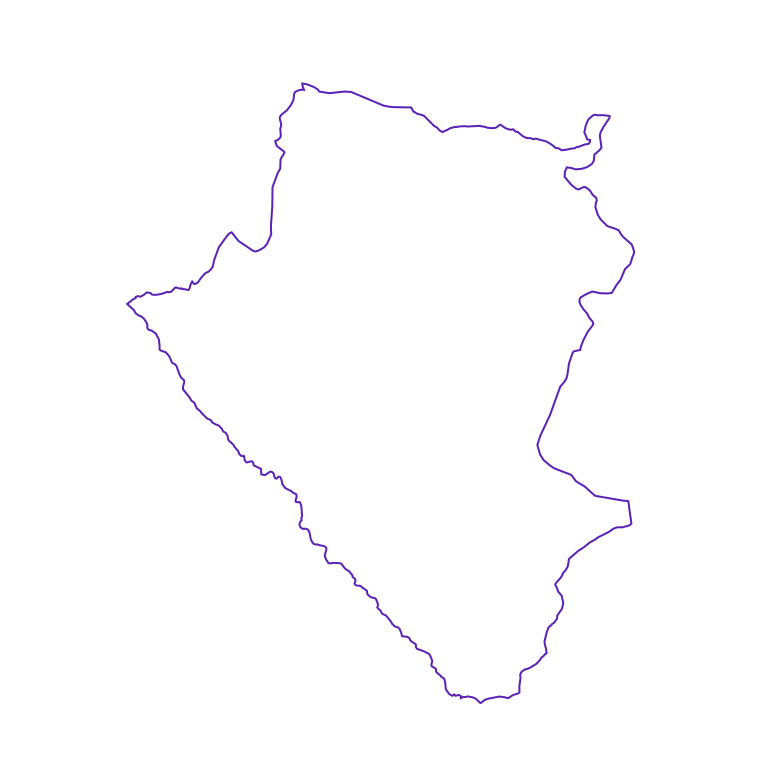 Cornereva, Caras-Severin, Romania (Mercator projection), rotated 99°
{"feature_id": "2599482B63249378795855", "entity_name": "Cornereva", "entity_type": "district", "adm_level": 2, "iso_a3": "ROU", "parent_name": "Romania", "parent_adm1": "Caras-Severin", "projection": "mercator", "projection_center": [22.558, 45.065], "detail": "fine", "context": "isolated", "style": "outline", "palette": "violet", "viewbox_px": 768, "rotation_deg": 99, "n_neighbors": 0, "source": "geoboundaries", "source_scale": "gbopen_adm2", "svg_char_len": 6155}
<svg xmlns="http://www.w3.org/2000/svg" viewBox="0 0 768 768"><g transform="rotate(99 384 384)"><path d="M345.1,650.2L350.3,642.4L352.8,640.5L354.6,637.4L355.1,634.7L356.9,631.5L360.5,628.1L363.0,626.8L365.4,626.7L366.6,625.9L367.5,624.1L367.4,623.3L367.7,621.6L369.9,617.3L375.2,613.3L381.5,611.6L385.1,611.1L386.0,609.3L386.8,604.6L389.2,601.5L390.8,600.1L396.3,596.5L397.3,593.4L398.7,591.8L406.9,587.3L409.3,585.5L411.7,582.0L413.7,581.6L418.5,582.1L420.8,581.6L427.7,573.9L430.5,571.7L432.4,568.2L437.2,565.3L440.0,560.7L441.0,559.9L445.5,553.7L447.1,548.8L448.7,547.9L450.1,544.4L451.0,540.5L453.4,537.4L456.0,535.4L457.0,532.7L459.7,530.4L463.0,529.3L464.4,528.2L467.4,523.4L469.1,522.3L473.0,517.5L475.8,516.0L477.5,513.5L477.1,510.9L481.0,509.8L482.8,507.9L482.9,507.0L481.1,503.1L481.1,502.3L481.9,501.1L484.6,500.0L484.9,499.5L487.1,492.2L492.3,491.1L492.7,488.5L492.5,487.1L488.7,483.2L488.2,481.6L488.7,480.2L489.8,478.9L493.4,477.4L494.1,476.6L494.3,475.5L493.7,474.7L492.4,474.2L492.1,473.7L491.9,472.6L492.1,472.0L493.7,470.7L498.8,468.7L501.8,465.8L502.8,463.7L504.2,459.0L505.7,456.6L506.3,454.3L507.0,453.2L509.4,452.6L512.1,453.1L514.0,452.9L514.4,451.6L513.8,448.9L514.1,448.4L517.3,446.6L527.3,444.2L529.4,444.8L531.1,444.0L534.0,445.4L536.0,445.5L537.5,444.9L538.7,443.9L539.8,441.7L539.2,439.3L539.4,437.3L539.9,436.2L542.3,434.3L548.4,432.2L551.1,430.4L552.8,428.6L553.2,427.0L552.9,424.6L553.3,422.6L553.4,418.7L553.9,416.6L554.9,415.4L557.0,415.0L561.9,415.7L563.3,415.5L566.7,413.6L567.5,412.5L569.2,411.4L569.7,409.4L568.5,405.4L567.9,399.9L568.0,398.3L572.6,393.4L574.3,389.4L577.6,385.5L579.5,384.7L581.0,382.1L583.1,381.4L585.7,381.8L587.0,380.8L587.3,379.9L587.1,375.7L588.8,373.0L589.4,371.4L590.9,368.5L594.0,367.6L594.8,366.8L596.7,363.4L597.0,359.3L597.8,358.2L602.8,355.3L605.7,355.7L607.3,353.9L608.1,352.2L610.8,350.2L611.4,349.3L612.4,345.8L617.1,340.5L619.7,338.3L620.9,336.4L621.6,335.9L622.1,333.9L622.1,332.3L623.3,330.4L627.7,327.7L629.8,327.0L630.4,325.9L630.0,322.0L630.8,319.4L633.5,317.6L636.0,312.0L639.0,311.2L640.4,309.9L641.6,303.4L643.6,297.1L646.3,295.1L650.0,293.0L654.2,293.3L654.9,292.9L655.6,292.1L656.7,289.0L658.2,287.7L659.7,287.7L660.4,287.2L663.1,282.7L664.3,281.5L665.6,278.4L669.8,276.7L675.9,275.2L680.1,271.0L681.3,267.8L679.6,266.1L680.8,264.6L679.4,261.5L680.4,259.0L682.2,258.9L680.8,256.9L680.3,254.1L679.5,252.8L679.6,247.3L680.5,244.0L684.0,238.9L683.6,238.1L680.3,235.2L678.4,231.5L674.7,221.3L674.5,215.9L675.0,212.8L674.5,211.8L671.7,208.7L670.4,206.7L668.8,203.2L667.4,202.0L661.5,203.0L652.8,203.2L650.1,204.0L647.6,203.6L645.6,202.1L643.7,199.8L642.5,197.0L641.3,195.2L636.6,189.8L632.7,187.1L629.8,185.8L627.2,183.5L625.6,182.7L624.5,181.3L620.8,182.3L615.6,184.6L612.8,185.2L603.6,184.4L598.2,183.3L597.0,181.8L594.8,180.4L593.0,178.5L588.7,176.4L585.5,176.6L578.2,173.1L572.5,172.6L565.3,175.4L561.7,179.6L558.3,181.3L556.1,183.2L555.0,183.5L553.2,182.8L547.6,179.1L544.4,177.9L542.7,177.7L540.0,175.8L537.0,174.5L535.2,173.9L527.8,173.9L518.6,166.2L514.3,161.4L508.0,155.6L504.6,151.1L501.8,148.4L494.9,138.7L491.0,134.8L489.1,131.3L488.1,125.5L486.8,123.1L486.3,121.2L484.6,118.8L483.2,117.8L461.5,124.4L461.8,131.1L461.4,158.1L453.8,169.8L450.2,178.9L444.5,184.8L440.6,202.8L438.3,207.6L435.6,212.2L434.1,214.5L429.3,218.8L420.2,223.0L410.6,221.5L388.7,215.2L359.0,209.5L354.7,206.8L350.1,204.7L346.4,204.3L334.7,204.5L323.5,202.5L322.2,201.8L319.6,195.5L316.0,195.4L309.2,193.8L300.7,191.0L292.3,186.6L289.9,187.5L286.4,191.7L282.5,194.5L279.1,198.6L275.3,202.1L272.3,203.8L269.3,204.0L267.5,203.1L263.5,198.2L260.1,192.7L260.5,184.3L259.5,176.9L258.3,173.2L249.5,169.7L244.1,166.7L233.0,164.0L226.9,159.5L219.8,158.5L216.2,157.6L213.4,157.9L207.5,161.1L201.2,171.0L198.6,173.7L195.6,176.1L194.5,179.7L193.1,188.1L187.7,195.6L183.2,199.5L176.3,202.8L171.5,203.1L169.3,202.5L166.8,203.7L164.5,207.5L160.8,210.8L159.2,213.4L158.0,216.2L158.6,218.2L161.5,222.3L160.8,225.3L157.8,230.4L151.2,238.0L146.2,238.5L141.4,237.3L141.4,232.7L142.0,228.3L140.5,222.3L138.1,217.5L134.3,213.2L130.7,211.7L124.5,212.1L119.5,207.8L116.5,206.2L104.9,209.7L101.2,209.4L95.4,207.3L85.7,202.8L84.0,203.2L84.2,209.6L85.1,214.7L85.1,217.9L85.8,219.4L90.0,223.1L92.9,224.2L97.7,225.2L104.2,225.5L108.2,222.8L110.3,221.9L110.8,220.5L110.7,218.7L112.8,218.5L114.7,219.4L116.4,223.9L119.0,228.3L119.7,230.4L121.4,232.8L122.3,236.2L124.3,241.2L125.4,245.2L124.0,247.9L124.0,251.4L122.0,254.7L120.2,258.5L119.0,261.9L118.4,267.6L118.4,269.5L117.9,270.9L117.9,272.5L118.9,275.1L118.3,277.5L118.7,281.4L118.5,282.7L117.4,285.9L114.1,291.4L114.2,292.9L113.6,294.4L112.2,296.2L113.0,298.6L113.0,300.4L112.4,303.8L109.7,309.6L110.0,310.4L112.6,312.7L113.8,314.4L114.0,316.3L114.4,316.8L114.7,322.1L114.3,324.2L114.1,330.0L116.3,340.2L116.7,342.2L116.6,343.8L117.7,349.3L118.5,351.4L119.1,354.4L121.2,359.0L123.3,361.4L124.2,363.2L126.0,365.4L125.1,368.3L122.3,372.0L121.4,374.7L112.9,386.4L112.2,389.8L112.1,393.0L110.5,396.6L110.5,397.4L106.6,400.4L109.1,418.2L109.3,423.1L109.1,428.0L100.7,462.2L101.4,469.1L105.3,483.3L105.3,493.8L103.5,495.4L101.7,499.5L100.0,507.3L100.0,511.7L102.2,511.2L106.0,509.0L106.2,511.2L106.8,513.4L109.2,517.2L111.1,518.1L118.0,517.9L123.5,519.8L128.8,522.7L134.6,527.8L136.6,528.6L138.2,528.5L142.8,526.4L145.1,526.0L148.1,526.4L154.8,524.8L156.6,524.9L159.5,527.0L160.9,529.4L161.8,529.2L165.8,527.0L169.7,519.7L170.7,518.6L173.1,519.1L175.7,520.5L178.5,521.3L187.7,520.2L192.2,522.0L207.0,524.9L226.1,522.1L245.8,520.4L253.9,518.8L263.8,521.4L267.9,523.9L271.7,528.6L273.3,532.0L273.0,534.0L265.5,550.1L258.0,558.2L259.4,560.3L261.7,561.9L274.7,568.5L287.9,571.1L294.6,571.5L298.2,573.0L300.8,575.2L301.9,577.1L303.5,578.6L307.8,581.3L312.6,583.6L314.5,585.7L314.9,587.2L312.8,589.5L315.8,590.6L319.9,591.0L321.6,591.7L321.9,592.3L321.6,594.6L321.7,598.5L321.2,599.2L321.8,600.5L321.2,604.2L321.5,605.5L326.2,608.6L327.0,610.9L326.8,612.1L329.7,617.6L331.6,623.0L332.0,626.0L331.8,627.5L330.7,628.7L330.6,632.0L330.9,632.9L333.4,635.1L335.8,637.9L335.7,640.9L336.7,642.7L338.0,642.8L339.3,644.8L345.1,650.2Z" fill="none" stroke="#5b21b6" stroke-width="2"/></g></svg>